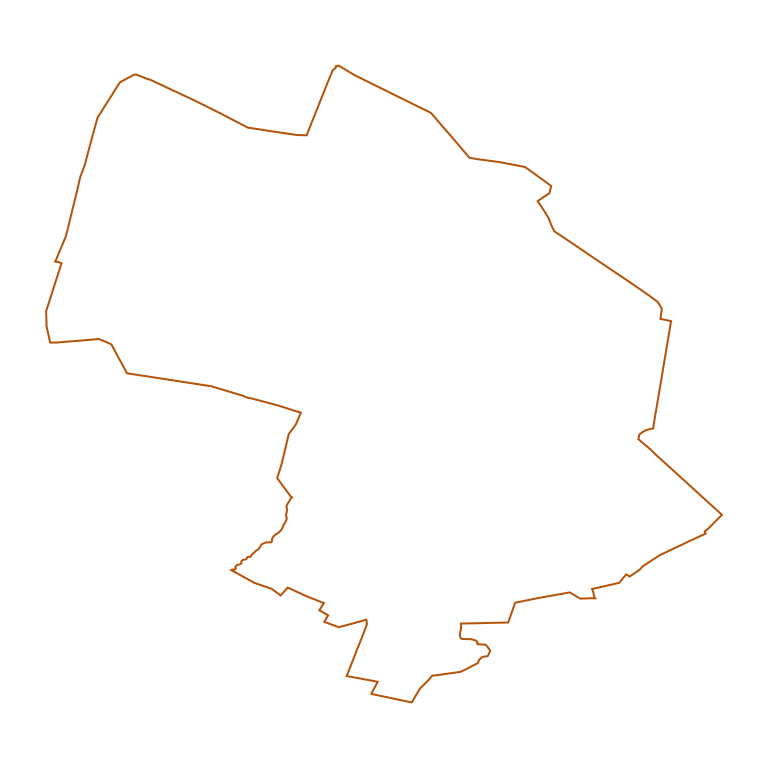 outline of Preiļi, Preilu, Latvia
{"feature_id": "27541924B35723190780065", "entity_name": "Preiļi", "entity_type": "district", "adm_level": 2, "iso_a3": "LVA", "parent_name": "Latvia", "parent_adm1": "Preilu", "projection": "natural_earth1", "projection_center": [26.72, 56.291], "detail": "fine", "context": "isolated", "style": "outline", "palette": "amber", "viewbox_px": 768, "rotation_deg": 0, "n_neighbors": 0, "source": "geoboundaries", "source_scale": "gbopen_adm2", "svg_char_len": 4062}
<svg xmlns="http://www.w3.org/2000/svg" viewBox="0 0 768 768"><path d="M335.9,66.1L336.0,67.3L332.5,70.7L332.4,70.9L326.5,85.4L306.6,135.3L296.7,135.0L267.9,130.7L261.1,129.6L259.7,129.4L247.7,127.6L221.2,113.8L195.6,101.0L150.0,79.6L148.1,79.2L136.9,74.9L136.3,74.7L135.9,74.6L135.6,74.6L135.0,74.6L134.5,74.7L134.1,74.8L133.5,75.0L133.1,75.2L123.5,80.4L121.3,81.5L120.3,82.2L120.0,82.4L119.8,82.6L119.7,82.7L119.5,82.9L119.4,83.1L119.3,83.3L114.2,91.2L112.0,95.0L110.0,98.0L109.8,98.4L109.4,99.0L108.1,101.0L105.1,105.7L100.8,112.5L100.1,113.7L99.7,114.2L97.9,117.1L97.7,117.3L97.6,117.5L92.6,135.5L84.6,165.5L80.6,176.0L79.8,178.8L77.0,191.2L67.2,231.0L65.9,236.2L55.8,260.4L55.1,261.5L59.0,262.2L61.5,263.3L46.1,311.4L46.6,326.5L50.2,342.6L56.5,342.5L57.0,342.5L64.9,341.8L71.6,341.3L80.7,340.6L98.6,339.0L100.8,339.8L102.9,340.6L111.3,344.3L127.0,373.3L211.4,386.3L232.4,392.6L241.4,395.3L245.9,397.0L246.4,397.4L247.0,397.6L250.6,398.2L257.5,400.0L263.6,401.6L270.9,403.6L273.2,404.2L279.5,405.9L281.1,406.5L283.3,407.1L292.8,410.2L300.9,412.7L300.8,413.0L295.9,424.2L295.8,424.5L288.8,434.0L281.4,464.9L277.2,478.2L290.9,496.7L291.1,496.9L292.0,497.3L291.5,497.8L290.3,499.1L289.1,501.5L288.2,502.7L287.2,504.6L286.5,506.1L286.4,506.8L286.9,508.4L287.1,509.7L286.8,511.5L286.2,514.2L286.0,515.7L286.5,517.2L286.8,518.0L286.8,518.4L286.6,519.3L285.0,523.0L284.0,524.1L283.2,525.8L282.6,527.6L281.1,530.0L279.4,531.8L278.1,533.1L276.7,533.8L274.6,535.3L272.9,537.2L272.2,538.5L272.0,539.8L271.9,540.4L272.0,541.2L271.6,541.8L271.0,542.1L270.7,542.4L269.6,542.2L268.8,542.4L266.8,542.3L264.9,542.8L264.7,542.9L263.2,543.6L261.9,544.2L261.1,545.0L260.4,546.7L258.8,548.6L258.2,549.4L256.2,550.6L254.7,552.1L253.9,552.7L252.9,553.7L251.6,554.9L250.9,556.2L250.2,556.9L247.9,556.9L247.0,557.6L246.7,558.6L246.3,559.3L242.9,559.9L241.5,561.0L241.3,562.0L241.5,563.0L240.8,563.7L240.1,564.3L238.7,564.6L237.5,564.9L236.2,565.8L235.5,566.6L235.4,567.5L235.8,568.5L235.6,569.0L235.0,569.4L234.2,569.6L232.7,569.5L231.2,570.1L254.5,582.9L271.8,588.9L280.6,595.5L287.7,587.6L306.2,596.1L323.9,603.1L319.3,610.3L328.1,615.3L324.3,621.9L338.9,627.2L352.6,623.5L366.3,619.7L367.0,623.9L361.8,637.9L359.0,644.7L356.3,651.4L353.8,657.9L350.5,666.3L347.8,673.2L346.6,676.1L353.0,677.2L376.2,681.5L377.7,681.8L375.6,685.8L371.9,692.7L371.5,693.9L373.9,694.5L404.2,700.9L407.1,701.5L411.8,702.4L419.9,688.6L427.8,680.8L431.8,676.2L432.4,675.5L434.3,675.5L447.4,673.7L460.2,671.9L467.3,668.7L467.7,668.4L473.0,665.5L477.7,663.2L478.6,661.2L479.2,659.8L480.7,658.3L482.6,656.9L486.6,656.3L487.7,656.0L488.1,655.4L488.6,654.5L490.2,650.7L489.5,649.7L487.4,646.6L486.1,645.2L485.7,644.8L484.8,644.6L479.5,644.4L477.5,644.2L477.1,643.6L477.2,642.8L477.5,642.2L477.1,641.5L475.6,640.5L472.6,639.6L470.0,639.1L465.9,639.1L462.3,639.0L461.2,638.6L460.4,637.5L459.8,635.7L460.0,633.6L460.1,633.1L460.8,629.9L461.0,628.0L461.1,625.8L461.0,623.6L462.0,623.5L475.5,623.3L489.5,622.9L490.8,622.9L508.2,622.5L513.3,608.0L515.1,602.7L539.0,597.9L569.8,592.4L580.1,598.6L593.0,598.2L595.1,598.3L594.8,597.8L594.4,596.9L594.2,596.3L594.0,595.7L593.9,595.1L593.7,594.5L593.6,594.0L593.5,593.2L593.3,592.3L593.1,591.6L593.0,591.3L592.8,590.9L592.6,590.3L592.0,589.0L595.3,588.3L619.2,582.8L622.7,578.6L626.1,574.4L629.7,576.5L639.7,569.7L642.6,566.4L659.5,555.3L682.3,544.5L688.7,541.4L692.2,539.8L705.5,533.7L704.7,531.5L708.5,528.4L721.9,514.8L678.0,474.8L654.9,453.9L650.5,449.4L638.4,439.2L639.4,434.5L642.7,431.9L647.3,429.7L653.3,428.4L653.7,424.4L659.4,390.8L667.6,341.9L670.7,323.2L671.1,321.1L660.5,318.9L661.8,308.6L657.7,301.9L650.1,296.3L649.3,295.7L634.9,285.7L590.6,255.8L564.2,237.9L554.5,231.4L552.2,227.2L548.5,218.0L545.2,212.5L538.0,201.6L537.6,201.1L545.6,195.7L549.4,193.2L551.2,186.0L528.2,169.2L525.0,167.0L498.9,162.0L477.6,159.2L469.4,157.7L453.1,138.6L448.1,132.8L442.7,126.6L438.1,121.2L431.1,113.0L429.2,112.0L416.9,106.0L409.3,102.2L399.7,97.5L383.0,89.2L377.7,86.6L357.9,76.8L354.9,75.3L338.6,65.6L335.9,66.1Z" fill="none" stroke="#b45309" stroke-width="2"/></svg>